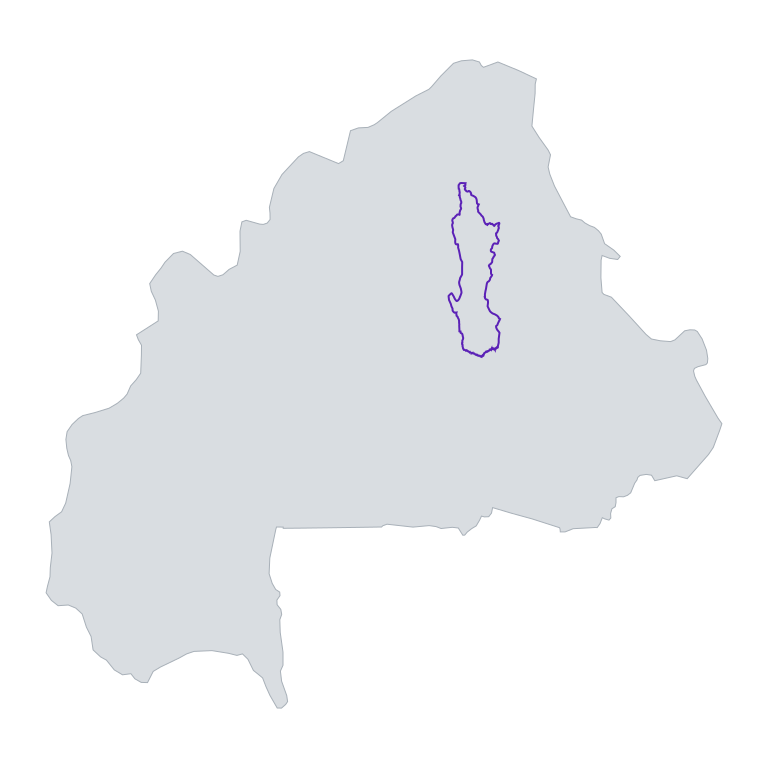 location of Namentenga, Namentenga, Burkina Faso
{"feature_id": "67063806B10845212636131", "entity_name": "Namentenga", "entity_type": "district", "adm_level": 2, "iso_a3": "BFA", "parent_name": "Burkina Faso", "parent_adm1": "Namentenga", "projection": "equal_earth", "projection_center": [-0.49, 13.239], "detail": "fine", "context": "in_parent", "style": "outline", "palette": "violet", "viewbox_px": 768, "rotation_deg": 0, "n_neighbors": 0, "source": "geoboundaries", "source_scale": "gbopen_adm2", "svg_char_len": 8989}
<svg xmlns="http://www.w3.org/2000/svg" viewBox="0 0 768 768"><path d="M595.1,527.5L573.1,528.7L565.1,531.9L560.3,531.9L560.1,529.3L559.6,527.7L531.8,518.8L512.4,513.5L492.6,507.6L491.5,513.1L488.7,516.7L484.4,516.9L481.5,516.1L479.5,520.3L476.2,525.9L471.7,528.6L467.2,532.1L464.7,535.1L462.8,535.2L458.3,528.0L452.3,527.3L441.1,528.5L436.1,526.6L429.2,525.6L413.0,527.1L387.0,524.2L382.7,525.8L381.6,527.0L355.9,527.4L327.6,527.8L303.9,528.1L283.2,528.3L283.2,527.1L276.5,527.0L275.8,529.4L269.8,558.1L269.1,573.7L272.2,583.4L275.7,589.5L279.7,592.1L280.0,595.6L276.9,600.1L277.1,604.7L280.8,609.4L281.7,614.4L279.8,619.7L280.2,632.3L283.0,652.2L283.0,665.2L280.4,671.1L281.6,681.2L286.7,695.5L287.6,701.6L285.7,704.4L281.5,708.1L277.2,708.0L272.2,699.3L270.0,695.5L266.0,686.7L262.6,677.9L257.9,674.0L253.4,670.4L247.9,659.2L242.5,653.9L236.9,655.4L228.6,653.3L211.9,650.6L194.0,651.4L186.6,653.9L179.2,658.0L160.5,667.0L153.2,671.4L147.5,682.6L141.2,682.4L134.9,678.8L130.9,673.7L122.5,674.8L114.3,669.9L106.4,660.1L100.6,656.9L93.1,649.9L91.1,636.5L86.4,627.1L82.2,614.0L75.8,608.1L68.3,605.0L58.1,605.7L51.4,600.4L46.1,592.8L47.5,586.2L50.0,576.8L50.3,567.7L52.0,553.1L51.1,534.7L49.3,521.9L55.0,516.6L61.6,511.8L65.7,503.1L70.1,483.6L71.9,466.7L70.7,460.5L68.5,455.6L66.8,448.3L65.9,439.4L67.1,431.7L72.1,424.5L78.4,418.5L82.8,415.6L94.5,412.7L109.1,408.2L117.5,403.2L123.7,398.1L127.1,394.1L130.7,385.9L136.3,379.6L140.7,373.2L141.4,355.4L141.5,345.2L138.3,339.6L136.5,334.8L158.2,320.9L158.4,311.1L155.4,300.1L151.3,291.3L149.7,283.6L155.7,274.7L161.1,268.0L165.0,262.2L173.5,253.5L182.4,251.2L190.3,254.5L213.8,275.0L217.9,276.4L222.9,274.8L229.1,269.4L237.2,265.1L240.2,251.4L240.0,231.2L241.9,221.9L246.2,220.3L259.7,224.1L263.3,224.4L267.2,223.1L270.1,219.5L270.0,213.0L269.4,207.3L273.9,188.5L282.0,174.5L298.4,156.9L303.5,153.4L309.4,151.6L338.5,163.6L343.3,160.7L350.5,130.7L358.4,127.9L368.0,127.4L374.1,124.8L377.3,122.7L391.2,111.4L415.7,96.0L428.9,89.3L431.5,86.8L440.9,75.9L453.5,63.3L461.4,60.8L472.4,59.9L479.4,62.0L481.3,65.5L483.5,67.3L497.9,62.0L518.5,70.5L536.4,78.9L535.2,84.1L535.1,93.5L533.6,108.3L531.9,126.1L539.2,137.6L548.1,150.0L550.5,154.8L548.1,167.0L549.8,174.2L554.5,186.1L562.4,201.2L570.6,216.8L576.2,218.8L581.6,220.1L584.8,222.9L589.6,225.6L594.4,227.4L598.5,230.8L601.2,234.1L604.6,243.7L613.8,250.1L620.2,256.4L617.7,259.5L609.6,258.3L602.1,255.5L601.1,260.1L600.9,277.8L602.1,292.5L603.9,294.4L611.4,297.2L629.5,316.3L645.9,334.3L651.4,339.0L660.4,340.8L670.6,341.6L674.9,339.9L684.7,330.8L689.9,329.8L694.7,330.0L697.3,331.5L702.1,338.9L706.5,350.2L707.8,358.5L707.4,362.9L705.9,364.6L697.9,366.7L694.4,368.4L693.5,370.9L694.8,376.4L696.4,380.0L705.2,396.3L718.0,418.1L721.9,423.7L719.7,430.3L713.3,447.4L708.5,454.5L687.2,478.7L676.7,475.8L654.8,480.7L651.5,475.2L646.3,474.4L640.0,475.4L637.7,477.5L637.0,479.9L634.7,483.2L630.7,492.8L627.5,495.3L623.6,496.8L618.8,496.6L616.0,497.8L616.0,502.6L615.2,506.7L611.9,508.8L610.6,513.4L610.8,518.0L609.0,520.1L604.8,518.9L602.3,517.7L600.0,523.6L597.2,527.6L595.1,527.5Z" fill="#d9dde1" stroke="#a8b0b8" stroke-width="1"/><path d="M498.1,239.1L497.2,238.2L496.9,237.0L496.2,235.7L496.1,234.1L496.0,233.6L496.1,233.3L496.4,233.0L496.8,232.8L497.3,232.1L497.6,231.3L498.2,230.0L498.3,229.2L498.7,228.6L498.8,228.2L498.7,228.0L498.8,227.7L498.7,226.9L498.5,226.7L498.2,226.0L498.8,225.2L498.8,224.7L499.3,223.8L499.3,223.2L499.1,222.9L498.7,222.9L498.2,223.2L497.1,223.5L495.5,224.3L495.0,224.9L494.5,225.7L494.2,225.9L493.8,225.5L493.4,224.9L493.3,224.7L492.5,224.5L492.2,223.9L490.8,224.0L490.4,223.3L489.8,223.1L488.7,223.7L488.2,224.2L487.2,223.9L487.0,224.0L487.0,224.7L485.7,224.1L485.3,223.5L484.5,222.1L483.8,219.8L483.6,218.5L482.7,216.6L481.5,215.6L480.8,214.5L478.2,211.8L478.1,211.5L478.2,210.4L477.8,209.4L477.5,207.8L477.6,207.1L478.2,205.9L478.2,205.6L478.8,204.4L478.3,204.2L477.7,204.2L477.0,203.3L476.7,200.0L476.3,198.6L475.8,197.7L475.4,197.2L473.4,195.9L471.4,195.1L471.2,194.8L471.1,194.4L471.1,193.6L471.1,193.2L470.7,192.8L470.4,192.0L469.6,191.3L469.1,191.0L468.7,191.0L467.8,191.6L466.5,191.3L466.3,191.2L466.0,190.5L465.0,189.7L464.8,189.1L464.9,188.6L465.3,188.0L465.4,187.7L465.2,187.0L464.8,186.5L464.5,186.4L464.1,186.0L464.6,185.6L464.8,185.7L465.4,185.1L465.4,184.1L465.3,183.8L465.5,183.2L460.9,183.0L459.8,183.4L459.6,183.7L459.2,184.5L458.6,185.2L458.6,187.2L458.7,188.2L458.7,188.7L459.0,188.8L459.2,189.1L459.4,190.5L459.4,191.2L459.7,192.1L459.6,193.5L459.6,193.8L459.1,195.2L459.6,195.3L459.6,195.5L459.8,195.9L459.7,196.4L459.9,197.6L460.3,198.6L460.6,200.2L461.2,201.4L461.3,202.7L461.2,203.2L460.9,203.4L460.8,204.0L460.5,205.0L460.6,205.6L460.5,206.5L461.1,208.2L461.1,208.6L461.0,209.0L460.2,210.3L459.6,212.5L459.6,213.1L459.7,213.7L459.6,214.7L459.4,214.8L459.0,214.5L458.7,214.4L457.3,214.5L456.7,215.1L456.5,215.5L456.2,215.8L455.6,216.1L455.4,216.6L455.0,217.0L454.5,217.8L454.1,218.1L453.4,218.2L452.6,219.2L452.3,220.2L452.3,220.7L452.8,222.3L452.8,222.9L452.8,223.3L452.3,224.2L452.1,225.1L452.4,227.1L453.1,229.6L453.1,230.5L452.8,231.8L452.8,232.5L455.3,239.2L455.2,241.1L455.2,242.2L455.4,243.3L455.7,243.9L456.0,244.2L456.5,244.4L457.8,244.2L458.0,244.4L458.2,246.0L458.1,247.5L459.0,250.6L459.9,255.0L460.1,256.2L460.6,258.8L460.8,259.4L462.2,262.0L462.2,262.9L462.1,267.0L462.1,274.3L461.8,275.1L460.2,277.9L459.8,279.7L459.2,281.7L459.1,282.9L459.5,285.0L460.8,288.5L461.4,291.4L461.5,292.8L460.8,294.8L460.2,296.4L459.9,296.8L459.9,297.2L459.6,297.8L459.2,298.8L458.2,300.2L457.3,300.9L456.7,301.0L456.0,300.5L455.8,300.2L454.8,298.8L454.1,297.3L453.9,296.8L452.0,293.6L451.6,293.3L450.9,293.6L448.8,295.7L448.6,296.0L448.6,296.5L448.9,299.0L449.0,299.9L450.8,303.9L451.5,306.5L452.5,308.5L452.6,310.4L452.7,310.8L453.8,312.2L454.6,312.7L455.1,312.5L456.0,312.6L456.5,312.5L456.3,313.3L456.3,314.0L456.5,314.6L456.5,315.7L457.6,316.7L457.6,317.2L458.6,319.0L458.9,319.9L459.1,321.2L459.1,322.6L459.3,324.7L459.2,325.6L459.4,329.5L459.4,331.3L460.5,331.5L460.4,332.1L460.7,332.9L462.0,333.6L462.3,334.1L462.3,334.3L462.6,335.1L462.8,336.5L463.0,337.1L463.2,338.1L462.9,339.4L462.4,340.4L462.3,340.8L462.4,342.5L462.0,343.0L462.1,343.6L462.4,344.2L462.2,344.4L462.6,345.3L462.5,346.2L462.8,347.1L463.0,348.3L463.3,349.0L463.6,349.5L463.8,349.5L464.0,349.9L464.6,349.8L465.7,350.5L466.3,350.2L466.5,350.4L466.5,350.7L467.1,350.5L467.7,351.2L468.0,351.1L468.3,351.3L469.6,352.4L469.9,352.1L470.0,352.3L470.1,352.2L470.4,352.5L470.9,352.7L471.6,352.9L471.6,353.4L472.1,353.2L472.2,352.9L472.7,352.8L472.7,353.0L472.8,353.3L473.4,353.6L473.8,353.6L474.4,353.5L475.5,354.7L476.2,354.9L476.3,354.5L476.7,354.5L476.8,354.5L477.2,355.1L477.4,355.4L477.8,355.2L478.5,355.8L479.0,355.6L479.4,355.8L479.8,355.8L480.4,356.5L480.7,356.4L481.0,356.5L481.3,356.3L481.3,356.7L481.7,356.9L481.9,356.5L481.8,356.1L482.1,356.1L482.4,355.6L482.5,355.8L483.1,355.9L483.4,355.7L483.5,355.4L483.6,354.9L483.9,354.4L484.0,353.5L484.2,353.4L484.5,352.9L485.5,352.5L485.7,352.0L486.8,351.9L487.1,351.5L486.9,351.3L487.2,351.2L487.7,351.5L488.1,351.0L488.6,350.9L488.9,350.6L489.4,350.5L489.6,350.3L489.7,349.5L490.2,349.4L490.1,349.7L490.5,349.8L490.7,349.5L491.1,349.6L491.3,349.2L491.4,349.4L491.7,348.7L491.8,349.3L492.1,349.2L492.0,348.7L492.2,348.3L492.6,348.1L492.8,348.2L492.9,348.4L493.1,348.4L493.1,348.7L493.3,348.8L493.2,349.2L493.6,349.3L493.6,349.0L494.1,348.8L494.2,349.3L494.6,349.3L494.8,349.6L494.8,348.7L495.3,348.6L495.5,348.4L495.8,348.7L496.2,347.8L496.4,347.6L496.7,348.0L496.9,348.0L497.1,347.8L497.6,347.7L497.9,347.3L497.9,346.9L497.6,346.7L497.9,346.0L497.9,345.8L498.1,345.2L498.7,342.7L498.7,338.8L499.5,332.8L498.8,331.7L497.3,329.9L496.6,328.6L496.2,327.5L496.1,327.0L496.1,326.1L497.2,325.2L497.4,324.9L498.0,323.2L498.6,322.1L498.8,321.4L499.2,320.9L499.3,320.3L499.7,319.9L499.7,319.5L500.0,319.0L499.7,318.8L499.1,318.2L498.8,318.1L498.5,317.5L498.3,316.8L496.9,315.5L494.8,314.3L492.5,313.4L490.8,312.1L489.9,311.1L488.1,307.4L487.6,306.2L487.7,305.4L488.0,302.9L488.0,301.7L487.8,300.2L487.4,299.8L486.0,299.4L485.4,298.7L485.1,298.3L484.8,297.2L485.0,297.2L484.9,294.4L485.5,290.9L486.0,288.8L486.6,285.0L486.9,283.4L487.3,282.5L487.7,281.9L488.8,281.3L489.7,280.1L490.0,279.4L490.2,278.1L491.9,275.6L492.1,274.9L491.6,274.6L491.1,273.8L491.0,273.3L491.0,269.9L490.7,269.2L489.9,268.2L489.6,267.3L489.0,266.1L488.9,265.8L488.9,265.6L489.6,264.5L490.4,264.2L490.7,264.0L490.9,263.6L492.0,262.4L492.2,261.7L492.2,261.1L492.3,259.7L492.4,258.9L492.9,258.3L493.1,257.8L493.4,257.4L493.7,256.9L493.7,256.6L494.7,255.5L494.9,255.0L494.9,254.7L494.5,254.1L494.4,253.3L494.1,252.7L491.6,251.8L491.1,251.5L490.9,251.1L490.8,250.0L491.0,249.3L492.0,248.2L492.1,247.9L492.2,246.7L492.6,245.5L493.4,244.1L494.1,243.5L494.5,243.4L495.0,243.4L495.5,243.6L495.9,243.6L496.2,243.7L497.4,243.8L497.9,243.5L498.0,242.8L498.3,242.1L498.3,241.8L498.4,241.5L498.6,241.3L498.9,240.7L498.1,239.1Z" fill="none" stroke="#5b21b6" stroke-width="2"/></svg>